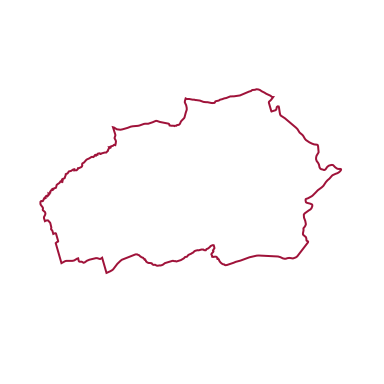 Bandundu, Robinson projection, rotated 74°
{"feature_id": "COD-1871", "entity_name": "Bandundu", "entity_type": "Province", "adm_level": 1, "iso_a3": "COD", "parent_name": "Democratic Republic of the Congo", "parent_adm1": "", "projection": "robinson", "projection_center": [18.46, -4.427], "detail": "fine", "context": "isolated", "style": "outline", "palette": "rose", "viewbox_px": 384, "rotation_deg": 74, "n_neighbors": 0, "source": "natural_earth", "source_scale": "10m", "svg_char_len": 6030}
<svg xmlns="http://www.w3.org/2000/svg" viewBox="0 0 384 384"><g transform="rotate(74 192 192)"><path d="M111.1,133.1L110.7,129.3L110.7,128.7L111.6,125.3L112.4,119.3L111.2,109.5L111.2,107.6L111.0,107.0L110.7,106.4L110.6,105.8L111.1,103.3L111.0,101.8L111.3,100.9L111.7,100.0L112.6,98.7L114.5,97.1L116.5,94.9L118.0,93.6L121.1,90.0L122.7,88.9L123.1,87.8L124.2,89.2L125.4,90.9L126.4,93.0L126.8,93.3L127.4,93.5L136.1,93.5L136.5,93.4L136.4,89.1L135.8,88.2L133.8,87.1L133.5,86.7L133.3,85.9L133.7,85.1L134.7,85.1L140.1,85.8L141.7,85.9L142.9,85.7L146.7,82.4L158.8,74.3L160.6,73.3L164.5,72.2L167.6,70.1L168.8,69.6L172.0,68.8L173.5,68.1L176.6,65.5L178.5,63.4L179.9,61.5L181.0,58.8L181.3,58.4L181.7,58.2L182.8,58.2L188.5,59.3L188.9,59.5L191.3,62.1L191.8,62.5L193.1,63.2L194.6,63.7L196.7,63.6L198.6,62.8L200.6,62.4L203.5,62.6L204.9,62.2L205.7,61.5L206.4,60.2L207.1,59.3L207.3,58.8L207.3,58.2L206.9,57.2L205.3,55.3L204.6,53.8L204.4,53.1L204.4,51.1L204.5,50.1L204.9,49.2L205.3,48.8L207.6,47.6L209.4,46.2L210.1,45.2L210.7,43.1L211.0,42.6L211.4,42.5L212.0,42.8L212.8,43.8L213.5,45.2L214.0,47.0L214.1,49.0L214.6,52.2L214.9,52.9L217.1,56.3L218.0,58.4L219.4,60.6L222.3,64.0L223.3,66.0L225.0,70.6L226.6,73.3L228.7,77.1L229.1,78.2L230.0,82.2L230.1,84.3L230.3,84.7L231.2,85.1L233.0,85.3L233.4,85.2L234.1,84.5L235.9,81.4L236.7,80.5L237.2,80.0L237.9,80.0L238.8,80.3L240.4,81.5L241.0,82.3L241.4,83.0L241.9,84.8L243.6,89.5L244.3,90.5L244.7,90.8L247.5,91.4L251.1,91.1L254.3,91.4L255.5,92.2L256.6,93.4L257.3,94.5L257.7,94.9L259.7,95.4L262.0,96.6L262.8,96.9L263.5,97.0L264.0,96.8L266.7,95.0L268.0,94.9L270.2,95.3L270.6,95.1L271.2,94.3L271.7,94.1L272.4,94.4L282.9,108.6L283.5,110.3L283.7,113.3L282.3,116.3L282.1,117.0L281.9,118.6L282.0,120.2L281.7,121.4L280.8,123.0L279.0,125.0L277.7,127.1L271.4,145.5L271.0,147.4L270.6,154.7L271.3,164.3L271.2,169.2L271.5,171.5L271.8,178.5L271.6,180.0L271.1,180.7L270.6,180.9L270.0,182.1L269.0,183.1L267.6,184.0L266.1,184.6L264.0,184.9L263.6,185.2L263.4,186.0L263.1,186.1L262.5,185.7L261.7,186.0L261.0,186.5L260.6,187.3L260.4,188.3L260.3,189.5L259.8,190.5L259.6,190.5L258.8,190.2L257.5,190.6L257.1,190.5L256.5,189.9L255.5,188.2L254.8,187.7L254.2,188.0L253.5,187.5L252.3,186.0L251.4,185.8L249.2,185.8L248.9,186.4L248.8,187.0L249.1,189.0L249.8,190.0L250.7,192.0L250.9,193.8L251.5,194.4L251.8,194.9L251.3,196.3L250.4,197.0L249.9,198.7L249.9,201.7L249.5,202.6L249.4,204.2L249.5,205.7L249.7,206.2L250.5,207.5L250.7,208.7L251.0,209.5L251.5,212.8L252.8,214.7L252.8,215.2L252.6,216.3L252.7,216.8L253.5,218.0L254.4,221.5L254.5,226.1L254.3,226.5L253.9,226.9L253.5,228.3L252.9,229.2L252.8,230.0L252.9,237.6L253.9,240.2L254.0,241.6L253.9,242.9L253.6,243.5L253.5,244.7L253.3,245.7L252.9,246.4L251.8,247.5L251.4,249.2L250.6,250.0L249.4,250.4L248.7,251.9L248.3,253.2L247.5,254.3L246.1,255.3L245.2,255.3L244.8,255.4L244.2,256.1L243.5,255.9L242.8,256.8L241.8,257.1L240.7,258.6L240.1,259.0L239.6,259.5L238.2,260.3L237.3,261.5L236.8,262.0L236.4,263.5L237.8,278.1L238.5,279.8L240.5,283.6L244.6,289.1L245.1,290.2L245.7,292.6L246.2,296.5L230.4,296.5L231.1,298.5L230.9,299.2L229.5,301.3L229.1,302.6L228.8,309.2L229.1,311.9L230.1,314.6L230.1,315.8L229.0,316.8L228.5,317.5L228.1,319.1L227.6,319.7L226.9,319.9L224.4,319.7L224.4,320.8L225.3,324.0L225.3,325.0L225.2,326.0L223.6,331.6L223.5,332.9L223.7,333.9L224.4,337.1L203.6,337.1L202.9,335.6L202.7,334.4L202.4,334.2L194.4,334.2L194.0,334.6L193.9,335.4L194.1,336.9L191.0,336.9L190.4,337.0L189.1,337.7L188.6,337.6L187.3,337.0L182.9,336.8L182.3,336.9L180.3,337.9L179.6,338.3L179.3,339.3L179.3,340.4L179.5,341.4L176.3,341.5L175.3,341.2L173.5,339.5L172.5,338.9L171.3,338.8L170.7,338.9L168.5,340.3L168.0,340.4L166.8,339.8L165.8,339.7L162.7,340.9L161.7,341.0L159.7,340.4L159.1,339.4L159.6,338.3L159.4,337.6L158.0,336.5L157.5,334.8L157.0,335.3L156.8,334.9L157.0,334.5L156.2,334.1L155.8,333.6L156.4,332.3L156.0,331.7L155.5,331.9L155.3,330.6L154.2,330.4L154.6,330.1L154.6,329.8L153.9,329.8L153.7,329.4L153.7,328.5L153.3,328.3L152.5,328.2L152.2,327.6L151.6,327.0L151.4,326.5L151.7,325.7L151.7,325.4L151.1,325.1L151.3,324.9L151.1,324.5L150.6,324.8L150.5,323.2L150.4,322.5L150.5,321.8L149.8,321.2L148.0,320.2L147.5,319.3L146.9,317.3L146.4,316.4L145.6,315.6L145.5,315.2L145.7,314.7L146.5,314.3L146.7,314.1L146.6,313.8L145.5,313.4L145.0,313.0L144.8,313.1L144.5,313.7L144.0,313.3L143.8,312.7L143.7,311.3L143.6,310.7L143.2,310.3L142.3,309.8L141.1,308.8L140.1,308.5L139.9,308.0L139.9,306.7L139.3,305.8L138.5,305.0L138.3,304.7L138.4,302.5L137.6,299.9L137.7,298.9L138.8,299.2L138.9,298.3L139.3,297.0L138.6,295.6L138.4,295.4L137.7,295.1L137.7,294.7L137.9,294.2L137.6,291.9L137.2,290.9L136.3,290.2L135.1,290.0L134.7,289.8L134.3,289.4L133.9,287.7L131.9,284.6L131.7,283.9L131.4,281.7L130.6,278.9L130.7,278.2L131.2,277.4L131.2,277.0L130.3,275.8L130.3,275.3L130.5,274.7L129.7,274.7L129.7,274.3L130.2,273.2L130.2,272.7L129.7,272.7L129.2,272.0L129.3,270.4L129.4,270.0L130.2,269.7L130.3,269.3L130.0,268.2L130.0,265.2L130.4,263.5L129.5,262.1L129.3,261.5L128.0,260.8L127.4,259.9L127.0,259.5L126.3,259.5L127.0,258.5L126.9,258.1L126.0,258.3L125.9,257.9L125.7,254.9L125.2,254.0L125.2,253.7L125.8,252.8L124.2,251.9L122.2,251.1L120.9,251.2L119.2,251.6L118.6,251.5L116.6,250.1L115.7,249.9L108.0,250.1L108.6,249.1L111.0,247.0L112.4,243.7L112.5,242.8L112.6,241.5L112.6,236.2L112.3,232.9L112.5,230.8L113.5,225.7L113.6,224.2L113.3,219.4L113.5,218.0L114.3,215.2L114.1,210.6L113.8,208.4L113.7,206.9L114.1,206.0L115.8,203.6L119.8,195.8L120.2,195.4L120.6,195.3L121.9,195.2L122.1,194.5L122.5,193.9L123.0,192.1L123.4,191.2L123.8,190.7L123.6,190.1L124.0,188.8L123.5,187.8L123.8,186.4L123.7,185.9L123.1,184.8L121.3,183.3L120.8,182.7L118.8,179.2L118.3,178.7L113.8,176.0L111.5,174.4L109.7,173.9L107.0,173.7L103.9,174.2L102.7,173.8L100.3,172.3L101.2,171.3L101.9,168.9L103.4,166.0L104.0,164.1L104.5,163.5L104.8,162.6L106.3,159.2L108.5,156.2L109.3,154.4L110.0,152.2L111.8,148.8L112.2,147.6L112.5,145.9L112.3,145.4L111.4,144.6L111.3,143.8L111.5,141.1L111.0,139.6L111.1,137.4L110.9,135.2L111.1,133.1Z" fill="none" stroke="#9f1239" stroke-width="2"/></g></svg>